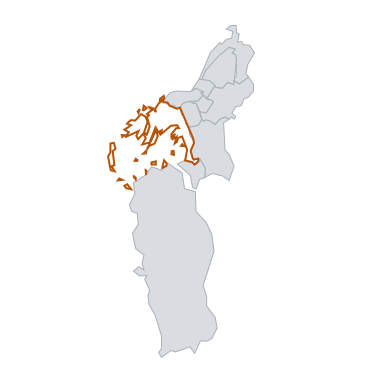 map of Greece with Bulgaria, Turkey, Albania and 6 others greyed out, rotated 83°
{"feature_id": "GRC", "entity_name": "Greece", "entity_type": "country or territory", "adm_level": 0, "iso_a3": "GRC", "parent_name": "Europe", "parent_adm1": "", "projection": "mercator", "projection_center": [23.941, 38.339], "detail": "medium", "context": "with_neighbors", "style": "outline", "palette": "amber", "viewbox_px": 384, "rotation_deg": 83, "n_neighbors": 9, "source": "natural_earth", "source_scale": "50m", "svg_char_len": 4969}
<svg xmlns="http://www.w3.org/2000/svg" viewBox="0 0 384 384"><g transform="rotate(83 192 192)"><path d="M124.3,146.3L127.2,152.2L154.3,154.1L159.4,150.5L171.6,147.1L185.1,153.8L179.8,159.7L176.0,169.8L179.3,177.7L170.5,175.9L159.9,180.2L159.8,187.1L150.5,188.4L143.2,183.6L134.9,187.4L127.3,187.0L126.6,177.9L121.4,173.4L123.1,171.4L122.0,169.8L123.7,165.3L127.7,160.9L122.7,154.8L121.7,149.5L124.3,146.3Z" fill="#d9dde1" stroke="#a8b0b8" stroke-width="1"/><path d="M352.3,242.5L347.4,244.7L343.7,241.4L331.8,239.7L310.0,243.5L298.2,248.4L289.7,248.4L284.2,246.0L272.9,249.6L269.5,247.1L268.9,254.2L263.4,259.8L259.6,254.0L263.5,249.2L257.2,250.3L248.6,247.3L241.5,254.7L225.9,256.2L217.5,249.3L206.4,248.9L204.0,254.2L196.9,255.7L186.9,248.9L175.7,249.1L169.6,236.2L162.0,229.0L167.0,218.7L160.5,212.4L171.9,199.5L187.8,199.0L192.1,188.6L211.8,190.4L224.2,181.5L236.2,177.6L253.3,177.3L286.1,192.3L298.1,190.2L306.9,191.4L319.1,184.3L330.1,183.6L340.0,190.4L341.8,195.2L340.8,201.8L352.5,209.0L345.5,212.8L348.7,228.0L346.7,232.1L352.3,242.5ZM159.9,180.2L170.5,175.9L179.3,177.7L180.6,183.1L189.6,187.5L187.7,190.9L175.4,191.6L162.4,203.1L159.3,194.0L161.8,192.5L165.0,183.9L159.9,180.2Z" fill="#d9dde1" stroke="#a8b0b8" stroke-width="1"/><path d="M107.4,193.8L107.2,197.3L103.8,199.3L103.2,203.7L98.4,210.2L90.8,201.8L89.9,195.3L92.1,181.7L89.7,175.1L94.2,168.2L94.8,170.9L97.6,169.6L102.3,174.8L101.7,184.6L103.1,190.4L107.4,193.8Z" fill="#d9dde1" stroke="#a8b0b8" stroke-width="1"/><path d="M61.5,113.0L72.4,121.2L81.0,124.0L84.8,121.8L90.6,131.7L86.6,137.2L82.0,134.0L66.0,131.8L61.1,132.1L58.9,135.1L55.2,131.8L53.1,137.8L72.9,163.5L82.0,168.8L80.9,171.2L55.8,156.7L47.1,146.2L49.2,145.1L44.5,139.0L44.3,134.1L37.7,131.8L34.5,138.1L31.5,133.2L32.1,127.9L39.3,128.4L41.1,125.9L48.7,128.6L48.7,124.5L52.2,122.9L53.2,116.9L61.5,113.0Z" fill="#d9dde1" stroke="#a8b0b8" stroke-width="1"/><path d="M82.0,168.8L72.9,163.5L60.3,149.1L53.1,137.8L55.2,131.8L58.9,135.1L61.1,132.1L66.0,131.8L90.4,137.2L87.8,143.6L92.8,149.1L91.2,155.8L83.5,161.0L82.0,168.8Z" fill="#d9dde1" stroke="#a8b0b8" stroke-width="1"/><path d="M121.4,173.4L126.6,177.9L127.3,187.0L123.7,189.8L118.1,189.6L114.1,192.6L107.4,193.8L103.1,190.4L101.7,184.6L104.7,177.1L121.4,173.4Z" fill="#d9dde1" stroke="#a8b0b8" stroke-width="1"/><path d="M84.8,121.8L92.7,117.9L99.1,118.6L104.7,124.4L105.9,129.1L112.2,132.5L113.0,138.6L119.0,142.8L122.2,139.5L124.8,141.3L122.4,143.8L124.3,146.3L121.7,149.5L122.7,154.8L127.7,160.9L123.7,165.3L122.0,169.8L123.1,171.4L121.4,173.4L113.1,174.4L115.2,168.3L105.3,160.0L99.5,166.5L100.4,165.3L88.8,156.4L91.2,155.8L92.8,149.1L87.8,143.6L90.4,137.2L86.6,137.2L90.6,131.7L84.8,121.8Z" fill="#d9dde1" stroke="#a8b0b8" stroke-width="1"/><path d="M100.4,165.3L94.8,170.9L94.2,168.2L89.7,175.1L90.4,179.5L80.9,171.2L83.5,161.0L88.8,156.4L100.4,165.3Z" fill="#d9dde1" stroke="#a8b0b8" stroke-width="1"/><path d="M103.0,179.9L102.3,174.8L97.6,169.6L102.0,165.5L103.4,160.8L105.3,160.0L115.2,168.3L113.1,174.4L104.7,177.1L104.3,180.0L103.0,179.9Z" fill="#d9dde1" stroke="#a8b0b8" stroke-width="1"/><path d="M162.1,181.8L165.2,186.1L162.2,188.3L159.9,195.0L149.5,191.7L135.7,195.1L136.7,199.5L140.3,200.8L141.7,203.2L135.3,200.7L137.6,205.6L132.2,201.6L134.8,205.7L131.9,205.3L126.7,199.8L127.0,197.2L124.0,198.5L123.6,204.7L131.2,216.2L129.4,217.2L129.5,215.1L127.0,214.5L128.5,218.0L123.4,220.3L137.8,228.1L138.7,235.5L133.0,231.3L128.2,233.3L132.9,239.0L129.5,240.4L125.0,237.7L129.5,251.8L124.9,247.4L121.9,251.5L118.3,244.3L116.4,248.1L114.8,246.5L113.2,243.7L114.2,239.7L108.5,233.1L111.4,229.1L117.0,227.5L127.0,232.3L129.7,230.0L121.8,226.0L112.1,227.5L110.6,225.3L109.1,227.2L104.8,220.2L108.4,218.1L104.9,218.4L100.0,214.2L96.9,209.1L99.4,209.5L100.1,205.5L103.7,203.6L107.5,196.8L106.8,193.7L138.7,184.4L143.5,184.0L151.0,188.3L158.0,187.3L160.1,186.3L159.6,181.9L162.1,181.8ZM133.7,263.5L139.8,262.7L141.8,265.7L156.0,265.8L156.6,268.7L162.0,266.2L160.5,270.0L146.4,271.0L142.9,268.2L133.9,267.0L133.7,263.5ZM132.1,219.1L139.4,223.2L141.0,228.8L144.1,231.5L126.5,220.3L132.1,219.1ZM163.0,214.2L164.4,218.6L157.1,215.9L160.4,213.6L163.0,214.2ZM177.7,258.4L176.4,255.4L181.8,252.0L180.3,256.7L177.7,258.4ZM159.7,228.9L157.6,228.5L157.2,224.2L160.4,224.6L159.7,228.9ZM103.2,226.7L105.0,229.9L104.7,230.8L100.5,229.4L103.2,226.7ZM97.7,212.8L95.7,212.4L93.2,208.3L96.1,208.2L97.7,212.8ZM152.9,205.4L152.1,207.8L149.1,207.2L149.0,205.2L152.9,205.4ZM165.3,234.6L169.6,235.5L164.7,235.3L165.3,234.6ZM145.5,194.5L144.8,197.3L143.4,195.9L145.5,194.5ZM103.3,233.6L107.1,235.5L105.3,236.1L103.3,233.6ZM154.1,245.1L152.2,243.8L153.8,242.2L154.5,242.7L154.1,245.1ZM148.0,233.0L148.0,235.7L145.3,232.2L148.0,233.0ZM171.5,264.2L169.8,262.7L171.4,259.8L171.5,264.2ZM104.2,223.3L102.6,224.1L104.0,220.6L104.2,223.3ZM128.8,254.4L126.9,254.7L127.3,252.6L128.8,254.4ZM168.5,248.2L171.3,246.0L172.7,246.4L170.6,247.6L168.5,248.2Z" fill="none" stroke="#b45309" stroke-width="2"/></g></svg>